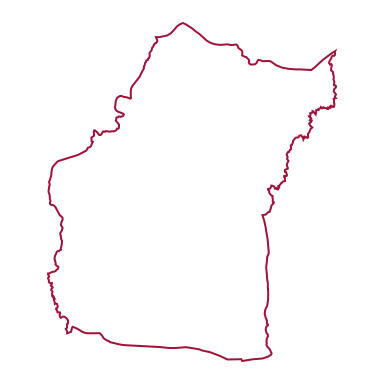 outline of Bar Kaev, Rôtânôkiri, Cambodia
{"feature_id": "14789045B1081275636897", "entity_name": "Bar Kaev", "entity_type": "district", "adm_level": 2, "iso_a3": "KHM", "parent_name": "Cambodia", "parent_adm1": "Rôtânôkiri", "projection": "natural_earth1", "projection_center": [107.211, 13.715], "detail": "fine", "context": "isolated", "style": "outline", "palette": "rose", "viewbox_px": 384, "rotation_deg": 0, "n_neighbors": 0, "source": "geoboundaries", "source_scale": "gbopen_adm2", "svg_char_len": 5855}
<svg xmlns="http://www.w3.org/2000/svg" viewBox="0 0 384 384"><path d="M155.9,37.1L157.0,39.6L157.4,41.1L156.1,43.0L155.3,43.1L154.5,44.0L154.4,44.7L153.7,45.0L153.3,46.6L152.2,47.7L151.5,50.5L149.6,52.8L149.4,53.6L149.8,54.9L149.4,57.1L149.0,58.0L148.4,58.3L147.8,59.2L147.8,60.0L146.2,60.6L145.9,61.2L146.0,62.0L145.1,62.9L144.6,65.5L144.1,66.1L143.8,66.9L144.0,68.2L141.8,72.2L140.5,75.0L139.2,77.3L132.2,86.2L131.2,88.3L130.7,91.6L130.9,98.2L130.3,98.7L127.1,97.4L123.8,96.9L121.4,95.9L120.1,96.0L117.4,97.5L116.4,99.4L115.7,101.4L115.2,105.8L115.0,107.5L115.4,109.3L116.6,110.9L118.1,111.7L123.1,113.6L123.9,114.4L123.0,116.1L120.4,116.9L118.9,116.4L118.0,117.2L116.5,117.5L115.9,120.7L119.0,124.6L118.9,127.9L118.4,128.6L117.0,128.7L116.3,130.1L115.7,130.6L113.9,131.4L112.2,131.2L110.1,131.7L105.6,131.1L104.9,131.8L103.0,131.5L101.5,134.2L100.5,135.0L99.3,135.1L97.1,132.2L94.8,130.3L94.1,130.5L93.8,131.8L94.0,135.5L93.7,136.1L92.0,137.1L91.5,137.6L91.4,138.5L91.6,141.3L92.9,141.8L91.7,144.1L91.1,146.0L90.1,147.0L87.7,147.9L87.3,149.1L86.3,150.6L77.8,155.0L58.5,161.0L57.5,161.5L52.7,166.9L51.7,170.2L51.4,172.7L51.4,174.7L50.4,178.4L49.0,182.3L49.6,183.6L49.7,185.2L49.1,186.5L49.1,188.4L48.7,189.4L48.6,191.9L49.0,193.6L49.6,194.5L49.9,199.4L50.5,200.8L49.8,203.3L50.1,204.0L51.0,204.8L52.6,204.9L53.9,205.5L55.5,207.2L59.9,215.4L61.2,216.2L62.6,217.8L62.6,219.7L61.3,222.7L60.9,225.1L62.6,227.8L61.9,230.5L60.3,233.0L60.2,234.4L60.9,235.6L60.8,236.5L61.3,239.5L62.0,240.7L61.7,244.7L60.8,248.6L61.0,249.7L59.8,250.2L59.0,251.1L57.8,251.2L56.8,251.8L56.0,254.0L54.9,256.0L54.5,258.9L54.8,259.6L55.7,263.3L55.5,264.5L56.4,265.5L58.3,266.8L58.4,267.7L57.9,268.8L56.5,269.9L55.7,270.9L54.4,271.6L52.8,271.8L50.7,272.6L49.2,273.4L48.1,273.4L48.0,274.4L49.2,276.6L48.3,277.6L48.0,278.4L48.9,280.1L48.8,281.8L49.2,282.6L51.1,283.3L51.9,283.1L51.9,283.9L50.8,285.6L51.3,286.3L52.3,286.6L52.7,287.6L51.4,289.0L51.2,290.1L52.3,291.2L52.5,291.9L52.0,293.7L52.3,294.7L52.0,295.7L52.6,296.6L53.4,296.2L54.6,298.6L53.7,298.5L53.9,300.3L54.6,301.7L54.8,303.9L55.4,303.5L57.0,303.9L57.6,305.8L57.6,307.2L56.9,308.1L56.2,308.4L56.0,309.1L56.9,310.2L57.5,312.3L59.9,312.4L60.2,313.2L59.6,314.7L59.9,316.7L60.9,317.8L62.8,316.6L64.6,316.8L66.4,318.1L68.2,320.6L67.9,323.6L66.9,324.2L67.1,326.3L67.0,327.8L65.8,328.8L67.1,331.3L67.2,333.3L71.1,331.8L71.9,328.0L72.7,326.8L77.3,328.7L82.3,331.8L85.6,333.1L90.1,333.3L99.7,333.2L101.9,335.4L103.7,338.3L106.6,340.3L108.8,341.1L109.9,342.1L118.9,344.3L123.7,345.1L159.2,347.0L169.3,348.0L175.2,348.0L185.8,347.2L190.2,347.8L199.5,349.4L202.1,350.5L209.8,352.1L219.7,355.8L227.4,359.5L241.3,359.2L242.2,361.0L252.6,359.3L262.6,358.5L268.3,356.5L271.2,354.6L271.6,353.3L269.5,348.9L267.6,347.0L266.4,344.9L266.8,343.0L266.4,341.9L266.7,340.4L266.6,339.3L267.4,337.2L268.1,336.2L267.6,334.1L266.7,333.4L266.3,332.3L265.7,329.2L266.0,327.7L266.6,326.3L268.0,325.3L267.9,324.4L267.0,323.9L266.8,323.2L267.0,320.8L265.7,317.7L264.7,313.9L265.1,310.3L266.0,308.0L267.1,306.1L268.1,299.5L268.2,291.8L267.8,286.1L267.9,283.5L267.0,278.1L266.9,275.3L266.2,267.3L267.1,259.3L267.1,257.3L268.8,253.0L267.7,240.0L265.4,226.0L264.0,220.0L262.4,215.2L264.4,214.7L265.6,214.7L268.4,212.0L269.7,211.8L269.9,210.6L270.4,209.9L270.4,209.1L271.0,207.9L271.4,205.6L272.8,204.0L273.6,203.5L273.7,202.3L272.9,202.4L272.7,201.3L272.8,199.0L272.4,197.6L272.6,196.7L272.5,195.8L271.5,195.6L270.3,194.3L269.2,192.5L269.1,190.9L268.7,190.3L268.1,190.0L268.1,188.9L270.1,188.6L271.3,186.4L271.3,185.6L272.3,185.7L274.0,186.4L275.0,188.6L276.7,187.9L276.6,189.1L277.3,189.4L278.1,189.4L278.4,188.3L279.3,187.4L278.5,185.8L279.5,185.4L281.6,182.6L282.2,182.6L282.7,181.8L283.3,181.3L285.0,181.1L284.9,177.8L284.1,177.0L284.2,175.9L286.5,176.0L287.0,175.0L286.0,172.1L285.1,172.0L284.8,170.8L285.1,169.7L287.8,168.7L287.8,167.9L287.1,166.2L286.8,164.8L287.4,162.9L288.5,161.0L287.0,158.8L287.5,157.8L287.6,156.8L286.6,154.7L288.1,151.9L289.1,151.9L289.9,149.9L290.8,149.6L291.1,148.6L290.8,145.4L291.3,144.8L292.0,144.8L293.0,142.1L293.0,141.0L295.2,138.2L296.0,137.6L298.6,137.3L299.3,135.7L301.1,135.3L303.1,138.1L303.4,139.5L304.0,138.3L303.7,137.6L304.1,136.6L304.7,136.5L305.2,137.2L305.9,137.5L306.4,137.2L307.3,137.9L308.2,137.2L307.9,133.9L309.1,132.5L310.7,128.8L312.3,127.5L310.2,125.7L309.1,123.5L311.1,122.0L311.6,120.8L310.7,120.9L309.8,120.3L311.3,118.6L310.9,118.0L309.9,117.5L309.1,116.4L310.2,116.4L310.5,114.4L310.1,113.3L312.2,112.7L312.5,111.1L313.7,111.8L315.7,114.4L316.2,111.9L316.1,110.3L317.2,109.9L318.5,110.1L318.4,109.0L320.4,108.3L320.8,107.1L322.1,108.4L323.1,108.0L323.4,107.3L324.6,107.9L326.4,108.2L327.3,109.0L328.2,109.0L328.8,108.4L328.4,107.5L329.3,107.6L330.3,106.3L330.8,107.5L331.9,106.0L332.7,106.9L333.9,106.9L334.4,104.9L334.2,104.0L334.4,103.4L333.9,102.4L334.1,100.3L333.6,98.9L335.8,98.1L334.9,97.4L334.8,96.7L336.0,94.4L333.8,91.6L334.0,89.7L334.4,88.8L335.7,87.7L336.0,86.5L335.8,85.8L335.2,85.3L334.1,85.3L333.9,84.6L334.4,82.1L333.4,79.2L333.8,78.1L333.6,74.9L332.9,73.9L333.2,72.9L333.0,72.0L331.1,70.4L331.3,67.4L331.8,65.8L331.7,64.7L331.2,64.0L330.1,64.6L329.0,62.9L329.4,61.5L330.5,59.5L331.3,58.6L331.6,56.9L332.6,55.7L334.2,55.8L334.9,54.9L335.1,53.1L334.7,52.4L335.2,51.1L331.8,53.2L322.9,59.8L314.6,67.5L311.3,70.0L299.9,69.4L295.5,69.4L288.3,68.8L282.3,67.7L276.3,65.3L270.7,61.4L269.2,61.0L262.6,61.2L260.9,60.4L258.4,59.9L257.6,60.8L256.4,63.1L255.0,64.3L251.0,64.6L249.4,63.7L248.8,62.6L249.2,60.7L248.3,59.1L246.0,56.9L244.6,56.7L242.2,55.5L242.3,51.4L241.4,50.1L238.5,48.1L237.4,45.4L236.5,44.6L235.2,44.5L233.5,44.9L231.6,45.0L229.9,44.9L227.7,44.3L220.2,44.9L214.7,44.2L210.9,43.0L206.8,40.7L199.3,33.9L195.9,31.6L192.3,28.5L185.9,24.4L182.9,23.0L179.6,24.5L176.8,26.6L173.6,30.4L170.7,33.4L167.1,35.5L159.5,37.1L155.9,37.1Z" fill="none" stroke="#9f1239" stroke-width="2"/></svg>